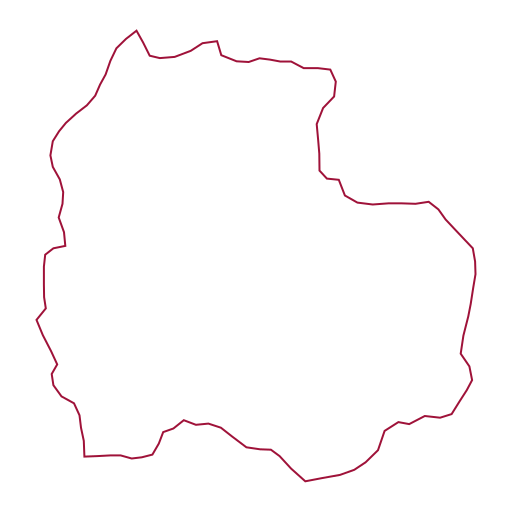 Martins Soares, Minas Gerais, Brazil
{"feature_id": "56859067B78422669955960", "entity_name": "Martins Soares", "entity_type": "district", "adm_level": 2, "iso_a3": "BRA", "parent_name": "Brazil", "parent_adm1": "Minas Gerais", "projection": "robinson", "projection_center": [-41.844, -20.255], "detail": "fine", "context": "isolated", "style": "outline", "palette": "rose", "viewbox_px": 512, "rotation_deg": 0, "n_neighbors": 0, "source": "geoboundaries", "source_scale": "gbopen_adm2", "svg_char_len": 1495}
<svg xmlns="http://www.w3.org/2000/svg" viewBox="0 0 512 512"><path d="M136.5,30.7L126.1,38.8L116.4,48.3L110.4,60.8L105.6,74.5L100.1,84.5L95.2,95.7L86.9,105.3L76.1,113.6L65.9,122.9L59.1,131.2L52.8,141.2L50.4,155.4L52.8,166.9L59.8,179.4L63.2,192.1L62.5,203.8L58.7,217.5L64.0,232.2L65.3,245.9L53.4,248.3L45.2,254.7L43.9,266.6L43.9,284.7L44.1,297.2L45.8,308.4L36.5,319.9L42.8,335.1L51.1,351.2L57.2,364.4L51.7,374.0L53.4,385.2L61.5,396.4L74.0,403.3L79.5,415.3L81.0,427.7L83.8,440.9L84.4,456.6L97.3,456.1L110.5,455.4L120.6,455.4L131.7,458.5L141.8,457.3L152.4,454.6L158.8,443.6L163.2,432.1L173.4,428.5L183.8,420.2L195.9,424.8L208.4,423.6L220.9,427.7L232.1,436.5L246.4,447.3L260.1,449.3L270.9,449.7L279.6,456.1L291.1,468.6L305.3,481.3L322.0,478.1L340.0,474.9L354.3,469.8L365.7,462.2L378.0,450.2L384.6,430.9L398.4,422.1L409.2,424.1L424.8,416.0L440.1,417.7L451.6,414.1L459.6,401.3L466.8,390.1L472.1,380.1L469.4,366.4L460.7,353.7L463.4,335.6L468.3,316.3L470.7,304.0L473.2,287.9L475.5,274.2L475.1,261.5L472.8,248.3L465.1,240.2L455.0,229.5L445.6,219.5L438.4,209.4L428.7,201.8L415.5,203.8L400.5,203.3L389.0,203.3L372.7,204.5L357.4,202.6L344.9,195.5L338.8,179.8L326.9,178.6L319.5,170.6L319.3,153.7L318.2,140.5L316.7,124.1L323.1,108.0L334.1,96.5L335.8,81.6L330.3,69.6L317.6,68.1L303.6,68.1L291.1,61.5L280.1,61.5L269.9,59.6L259.5,58.3L248.7,62.0L236.6,61.3L221.3,55.2L217.1,41.2L202.5,43.2L190.8,50.8L174.7,56.9L159.8,58.1L149.7,55.7L143.1,42.5L136.5,30.7Z" fill="none" stroke="#9f1239" stroke-width="2"/></svg>